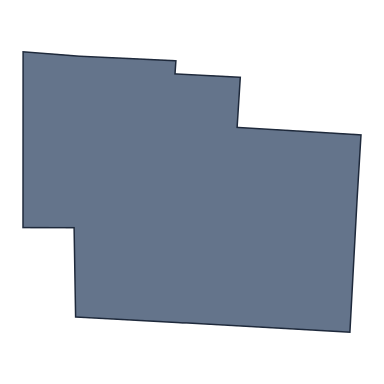 the district of Delaware, Ohio, United States of America
{"feature_id": "52423323B18396846916905", "entity_name": "Delaware", "entity_type": "district", "adm_level": 2, "iso_a3": "USA", "parent_name": "United States of America", "parent_adm1": "Ohio", "projection": "equal_earth", "projection_center": [-83.011, 40.285], "detail": "fine", "context": "isolated", "style": "filled", "palette": "slate", "viewbox_px": 384, "rotation_deg": 0, "n_neighbors": 0, "source": "geoboundaries", "source_scale": "gbopen_adm2", "svg_char_len": 325}
<svg xmlns="http://www.w3.org/2000/svg" viewBox="0 0 384 384"><path d="M175.9,60.8L79.1,56.2L23.1,51.8L23.0,227.6L74.1,227.7L75.6,317.0L178.4,322.6L182.2,322.9L186.3,322.9L209.1,324.2L349.9,332.2L357.1,198.9L361.0,134.9L237.1,127.4L240.3,77.3L175.0,73.9L175.9,60.8Z" fill="#64748b" stroke="#1e293b" stroke-width="1.5"/></svg>